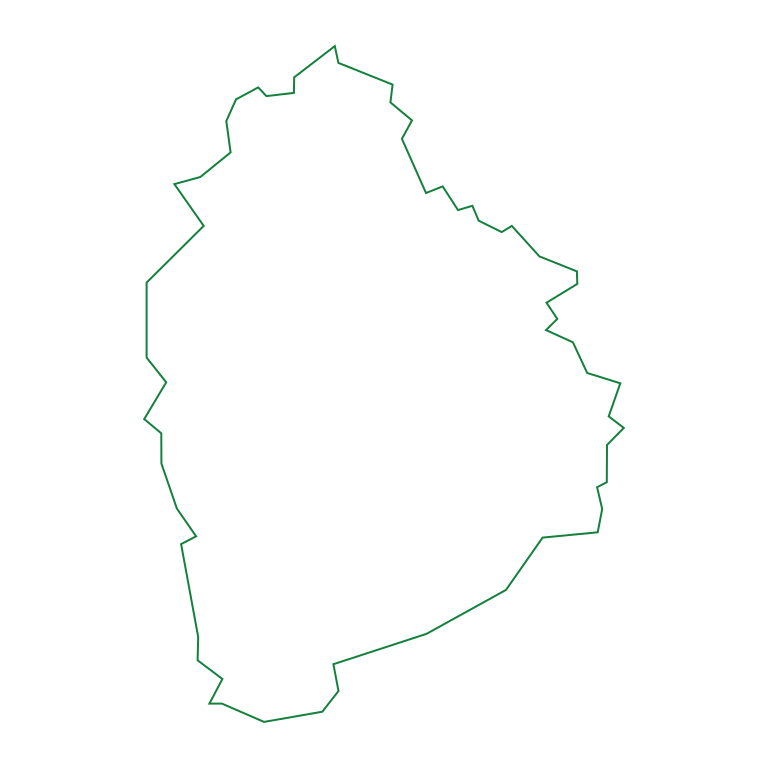 outline of Leslie, Kentucky, United States of America
{"feature_id": "52423323B44455314704802", "entity_name": "Leslie", "entity_type": "district", "adm_level": 2, "iso_a3": "USA", "parent_name": "United States of America", "parent_adm1": "Kentucky", "projection": "albers", "projection_center": [-83.367, 37.102], "detail": "fine", "context": "isolated", "style": "outline", "palette": "green", "viewbox_px": 768, "rotation_deg": 0, "n_neighbors": 0, "source": "geoboundaries", "source_scale": "gbopen_adm2", "svg_char_len": 851}
<svg xmlns="http://www.w3.org/2000/svg" viewBox="0 0 768 768"><path d="M198.2,636.9L197.6,660.3L222.4,679.0L209.4,703.6L221.9,703.6L264.0,721.9L322.3,711.7L338.5,691.0L333.4,664.2L426.6,633.8L506.0,589.9L542.6,537.6L597.7,532.3L602.2,509.0L597.1,487.2L606.8,482.2L607.0,445.0L623.8,427.9L608.7,416.4L620.3,383.3L587.2,373.0L572.9,342.3L546.0,330.1L557.3,318.9L546.5,302.7L577.3,283.9L576.9,271.4L539.4,256.4L511.8,225.9L501.7,232.1L478.7,220.7L472.4,205.8L458.0,210.1L442.7,186.4L426.0,193.0L401.9,138.8L412.0,120.4L390.4,102.4L392.6,84.6L338.4,62.9L334.8,46.1L294.2,77.3L293.9,92.9L266.4,96.1L258.2,87.4L236.0,99.4L226.3,121.1L230.6,152.4L200.3,177.0L174.4,184.1L203.7,225.9L146.6,282.6L146.6,357.6L166.2,382.3L144.2,419.1L161.3,433.3L161.4,463.5L176.9,508.6L196.1,536.3L181.1,544.1L198.2,636.9Z" fill="none" stroke="#15803d" stroke-width="2"/></svg>